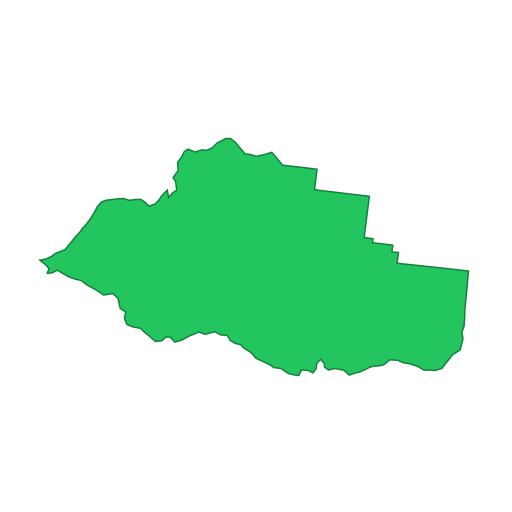 outline of Paraíso do Sul, Rio Grande do Sul, Brazil, rotated 96°
{"feature_id": "56859067B73177855032740", "entity_name": "Paraíso do Sul", "entity_type": "district", "adm_level": 2, "iso_a3": "BRA", "parent_name": "Brazil", "parent_adm1": "Rio Grande do Sul", "projection": "orthographic", "projection_center": [-53.114, -29.705], "detail": "fine", "context": "isolated", "style": "filled", "palette": "green", "viewbox_px": 512, "rotation_deg": 96, "n_neighbors": 0, "source": "geoboundaries", "source_scale": "gbopen_adm2", "svg_char_len": 2025}
<svg xmlns="http://www.w3.org/2000/svg" viewBox="0 0 512 512"><g transform="rotate(96 256 256)"><path d="M199.8,351.1L204.1,354.7L207.3,356.8L210.7,358.4L214.8,361.8L217.6,367.7L214.2,371.9L211.7,376.6L212.5,381.9L213.9,387.9L212.7,393.6L213.5,398.8L214.9,405.0L216.3,411.2L218.4,415.2L223.6,419.0L228.8,421.0L236.5,424.7L241.9,427.9L246.4,431.3L250.0,433.2L253.4,435.7L256.6,438.1L260.7,440.7L265.3,443.7L269.6,446.6L272.2,451.5L274.4,455.8L277.8,459.3L280.9,464.5L282.8,470.5L286.6,464.3L290.1,460.6L295.0,461.8L294.1,457.2L290.9,451.9L296.0,441.0L297.9,433.4L298.5,427.6L302.6,420.9L306.9,410.5L310.7,403.5L308.3,394.3L312.6,388.8L322.3,385.6L325.4,379.7L331.5,380.4L337.6,377.2L339.4,370.9L340.0,363.2L343.4,359.1L346.3,354.5L351.5,347.1L350.1,340.8L346.1,337.3L345.7,333.0L350.1,327.7L347.4,321.1L342.6,314.1L339.9,309.0L337.6,305.0L339.2,298.4L337.2,293.2L335.6,289.0L338.2,282.8L337.8,276.4L342.6,272.8L345.0,267.7L346.0,261.6L348.9,258.3L352.9,250.3L357.7,245.3L362.9,230.3L365.1,226.6L365.3,219.3L369.5,211.5L370.3,205.7L370.3,200.9L364.5,198.9L364.5,191.4L366.3,187.2L361.7,184.4L356.5,184.4L352.0,181.0L355.4,177.1L359.4,176.0L361.8,172.1L359.5,165.3L360.1,160.9L360.4,156.6L364.7,150.8L361.9,144.8L360.5,140.7L357.6,135.7L355.4,132.3L353.4,128.2L352.4,122.3L350.8,117.5L345.3,112.1L344.8,104.4L346.7,98.5L347.1,92.2L348.8,83.8L352.0,76.9L351.2,71.2L351.2,66.2L348.4,59.5L333.8,50.3L327.9,43.1L316.6,41.5L310.4,43.3L303.7,41.7L294.7,42.1L289.1,42.6L257.4,43.0L248.7,43.1L248.5,72.8L248.5,114.9L237.6,114.7L237.8,121.3L230.9,121.1L230.6,141.6L226.7,141.4L226.3,150.4L184.8,149.5L184.5,171.9L184.0,204.7L163.3,204.4L162.9,239.0L151.2,251.1L153.0,255.2L154.6,259.1L156.8,266.2L155.6,272.4L155.6,277.6L148.2,285.2L145.1,288.4L141.7,293.7L142.5,298.7L147.6,306.4L153.1,310.8L156.0,316.1L156.2,321.3L159.0,327.5L156.8,334.9L159.6,338.2L165.9,340.6L171.1,343.8L179.2,342.3L183.5,344.9L186.8,346.7L190.0,343.9L198.6,341.7L202.5,346.1L207.1,349.0L199.8,351.1Z" fill="#22c55e" stroke="#15803d" stroke-width="1.5"/></g></svg>